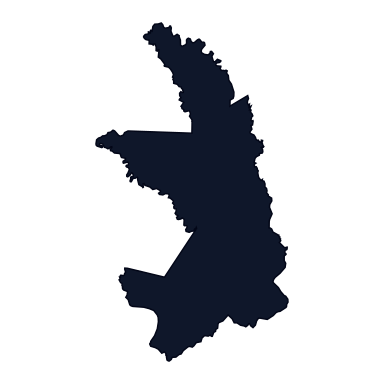 Unión Panamericana ( Animas), Chocó, Colombia (Robinson projection)
{"feature_id": "7082276B59837369743013", "entity_name": "Unión Panamericana ( Animas)", "entity_type": "district", "adm_level": 2, "iso_a3": "COL", "parent_name": "Colombia", "parent_adm1": "Chocó", "projection": "robinson", "projection_center": [-76.654, 5.295], "detail": "fine", "context": "isolated", "style": "filled", "palette": "ink", "viewbox_px": 384, "rotation_deg": 0, "n_neighbors": 0, "source": "geoboundaries", "source_scale": "gbopen_adm2", "svg_char_len": 5994}
<svg xmlns="http://www.w3.org/2000/svg" viewBox="0 0 384 384"><path d="M269.1,227.9L269.2,221.5L269.6,219.5L272.1,213.8L269.5,207.4L269.7,204.6L271.8,200.9L271.6,198.1L268.2,196.0L268.2,194.6L266.6,192.9L267.0,190.7L266.5,188.4L264.9,186.9L265.0,183.9L264.0,181.2L262.1,180.6L262.3,179.5L260.9,180.4L258.6,177.4L257.7,172.7L258.2,170.8L257.6,170.2L257.1,168.1L256.2,166.7L254.6,166.9L254.3,164.8L254.3,164.2L255.8,163.2L254.1,162.4L255.0,158.4L256.5,156.6L259.3,155.2L259.4,153.6L262.3,153.0L262.8,151.8L262.6,149.8L262.1,148.4L261.2,147.5L261.8,147.0L263.2,147.3L263.8,146.6L262.8,145.1L262.3,143.2L261.5,142.8L262.4,141.7L262.6,140.5L261.4,140.2L261.3,141.8L259.6,142.0L258.2,140.1L257.6,140.4L256.1,139.5L255.4,137.3L253.9,135.0L250.8,133.6L249.9,132.6L250.0,131.8L251.9,129.2L250.9,125.5L252.5,125.0L253.1,121.1L252.9,120.6L251.8,121.1L250.9,120.2L251.7,117.0L252.8,115.9L252.1,114.0L250.4,112.0L251.0,110.6L250.8,109.8L249.5,109.9L251.0,106.1L249.0,107.3L249.4,104.3L248.4,105.1L247.3,102.7L247.6,100.7L248.5,98.6L247.7,95.6L229.9,106.2L230.1,100.1L233.1,98.4L233.8,96.1L233.9,92.1L231.4,84.1L228.8,80.2L228.3,75.5L226.5,73.1L227.2,70.9L226.0,70.2L224.7,70.9L223.8,70.4L221.4,70.5L220.0,68.3L220.9,66.9L220.8,66.2L217.1,65.9L216.0,65.4L215.8,64.5L216.4,63.0L219.5,62.5L220.7,61.5L220.8,60.7L217.4,59.3L215.0,61.8L213.5,61.7L212.0,56.9L212.1,55.9L213.4,53.7L211.6,51.4L210.4,51.5L209.9,53.4L208.1,54.9L204.5,54.4L201.8,52.9L201.2,51.4L201.3,50.4L201.8,49.0L205.0,45.2L204.5,42.8L203.8,42.2L201.8,42.2L199.8,39.6L199.0,39.1L197.5,39.8L194.2,42.7L192.5,42.7L191.1,41.4L190.3,39.0L188.4,38.2L187.4,38.7L186.5,40.0L186.6,43.1L185.9,44.6L182.0,46.4L180.5,45.1L180.4,40.0L179.1,36.6L179.2,35.7L177.1,34.3L174.1,36.3L172.8,35.8L170.9,31.1L171.3,27.9L170.5,26.0L169.8,26.0L168.8,27.6L165.0,28.2L163.7,27.3L162.7,24.6L161.3,23.0L158.2,24.0L154.7,24.2L152.9,26.4L152.1,31.1L150.9,30.2L150.5,30.5L150.4,33.1L149.8,33.2L148.9,31.9L148.4,31.9L148.4,33.9L145.2,34.5L143.7,36.2L143.6,37.0L144.5,38.5L146.0,39.6L149.2,40.3L149.1,43.9L152.1,44.2L153.2,45.1L154.1,43.9L155.3,44.2L155.4,45.4L156.2,46.6L156.1,50.6L157.3,51.1L158.2,49.7L159.0,50.0L158.3,57.1L160.8,58.9L164.3,63.6L164.8,64.8L164.2,65.7L164.4,66.2L168.6,67.2L170.5,69.1L172.5,72.2L173.5,74.7L172.5,77.1L173.5,77.9L172.9,79.6L173.7,80.5L173.7,83.3L177.3,84.3L179.1,86.6L181.1,87.0L181.5,88.3L182.6,89.3L182.9,90.9L183.4,91.5L183.3,92.4L182.3,92.6L180.9,91.7L179.6,93.2L179.7,95.7L181.0,97.8L179.6,99.0L179.2,99.9L183.8,102.4L181.0,106.3L181.7,107.0L182.0,108.6L183.8,109.6L183.8,111.0L185.0,111.8L189.1,110.7L190.1,112.4L190.4,114.1L189.5,116.2L192.2,120.1L191.8,121.1L192.1,121.4L191.9,133.2L128.0,131.0L124.6,132.6L123.4,135.0L120.3,136.2L118.6,135.4L114.6,130.9L113.0,130.2L110.5,132.2L108.0,132.6L106.9,134.8L104.4,135.8L102.6,135.9L100.9,137.3L98.5,138.1L96.6,139.8L96.0,143.6L96.1,145.0L97.1,146.1L101.8,147.6L102.4,147.3L102.4,146.5L101.8,145.7L99.6,145.2L99.4,144.3L99.8,143.6L100.7,143.4L102.7,144.0L104.4,147.3L106.1,147.7L107.8,148.8L109.1,148.4L110.6,146.8L111.8,146.7L111.9,147.5L110.3,149.5L110.6,150.7L112.3,151.1L114.4,153.0L119.4,153.5L120.3,154.1L121.1,156.8L121.6,157.5L125.5,158.3L125.4,159.7L123.1,161.3L123.1,162.8L123.6,163.2L127.2,162.2L128.2,162.4L128.5,163.1L128.3,165.0L126.5,165.3L126.0,166.1L126.5,166.9L128.6,167.7L129.2,169.2L129.2,170.0L127.8,173.3L126.7,174.9L126.8,176.4L127.5,176.8L128.3,176.5L130.2,174.9L131.4,172.8L132.2,173.1L133.3,174.7L133.2,176.4L131.6,176.6L130.7,177.2L130.7,179.0L130.0,181.0L130.4,181.7L131.3,181.7L133.2,178.3L135.2,178.2L137.2,177.2L137.7,177.8L137.7,179.8L138.9,184.6L142.4,186.7L142.9,187.5L143.4,187.1L142.9,183.9L144.1,183.5L144.9,185.3L149.9,187.0L152.8,189.5L156.6,188.5L160.3,190.6L160.5,191.8L158.6,193.2L159.4,194.4L162.9,194.9L165.4,193.6L168.7,193.9L169.2,195.5L168.4,197.7L170.2,198.1L173.3,200.7L173.4,201.5L172.6,203.1L174.5,205.2L173.8,206.7L173.9,208.1L174.7,208.8L176.0,208.8L176.2,209.5L176.1,211.4L175.1,213.3L176.3,214.9L177.9,215.5L177.8,216.3L176.6,217.4L177.3,219.2L178.3,219.5L180.9,219.0L182.2,217.9L184.2,219.4L183.9,225.1L184.5,225.7L186.4,225.6L187.2,226.4L186.9,227.7L185.7,229.6L186.1,231.4L189.2,232.3L191.7,231.2L193.8,231.0L194.7,228.8L196.0,228.3L196.3,227.4L196.5,227.9L196.6,228.6L164.5,277.2L127.5,268.3L124.8,268.1L124.7,269.1L125.6,272.2L124.6,273.5L124.4,275.0L123.4,275.6L120.8,275.2L120.2,276.0L120.4,277.2L119.6,277.1L120.2,278.8L119.1,279.8L120.7,282.7L121.6,283.0L122.1,283.8L122.0,285.6L122.7,286.9L122.4,287.9L122.9,289.2L123.8,290.1L127.6,291.5L127.1,295.1L125.8,297.3L128.2,299.6L129.8,304.8L131.0,305.8L132.7,306.4L143.8,307.2L149.2,308.6L153.8,310.5L157.3,315.0L158.2,317.5L158.4,321.8L157.3,328.9L154.6,335.7L150.7,341.4L150.9,342.8L149.9,343.3L149.8,344.2L150.7,346.2L155.3,347.6L158.3,349.2L161.8,353.2L164.5,351.9L166.0,353.7L165.8,355.1L166.7,355.7L166.4,356.6L167.0,360.0L168.3,360.9L169.3,361.0L171.2,359.5L172.2,357.3L175.9,357.1L178.9,354.6L181.2,353.9L183.2,350.7L188.0,346.8L189.7,346.4L192.3,347.1L193.9,345.8L196.3,342.6L200.9,341.7L202.0,338.0L204.6,335.6L208.2,336.1L210.2,335.1L211.4,336.3L212.3,336.3L213.7,332.4L215.5,331.4L215.8,329.4L217.6,328.2L218.0,324.0L218.7,322.7L222.9,320.9L228.1,315.0L232.2,318.8L234.2,322.8L237.1,322.9L240.5,325.2L244.3,326.0L245.8,326.8L247.8,325.3L248.6,323.7L249.5,323.7L250.7,325.8L253.0,327.6L255.4,325.1L256.6,320.9L258.4,318.3L259.9,318.1L267.3,319.4L273.3,315.5L275.9,312.7L277.8,311.7L280.1,311.3L285.9,307.5L286.5,306.7L286.7,304.3L288.0,302.1L287.8,299.2L285.7,296.2L284.1,295.5L280.7,291.5L278.4,287.6L273.3,282.7L273.0,281.4L273.6,279.5L275.1,277.4L280.1,273.2L285.1,267.4L285.7,263.3L284.2,260.6L284.2,256.0L286.0,254.4L285.9,253.7L284.9,252.8L284.7,252.2L285.3,249.9L286.5,249.8L287.0,249.2L287.2,247.5L287.1,247.1L285.2,247.7L284.2,247.4L279.3,242.5L280.7,240.7L280.3,239.8L280.5,238.9L279.7,238.6L279.8,237.0L279.2,236.9L278.7,235.0L277.8,235.2L277.3,234.5L273.0,232.1L271.7,229.1L270.4,228.1L269.1,227.9Z" fill="#0f172a" stroke="#020617" stroke-width="1.5"/></svg>